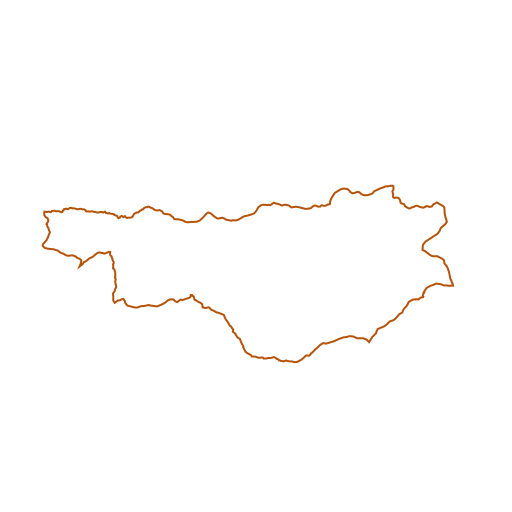 the district of Guaca, Santander, Colombia, rotated 67°
{"feature_id": "7082276B96447826186422", "entity_name": "Guaca", "entity_type": "district", "adm_level": 2, "iso_a3": "COL", "parent_name": "Colombia", "parent_adm1": "Santander", "projection": "robinson", "projection_center": [-72.874, 6.936], "detail": "fine", "context": "isolated", "style": "outline", "palette": "amber", "viewbox_px": 512, "rotation_deg": 67, "n_neighbors": 0, "source": "geoboundaries", "source_scale": "gbopen_adm2", "svg_char_len": 6109}
<svg xmlns="http://www.w3.org/2000/svg" viewBox="0 0 512 512"><g transform="rotate(67 256 256)"><path d="M196.8,422.6L195.6,418.4L194.5,417.1L194.3,416.5L194.5,415.4L194.2,413.9L193.1,410.6L193.0,406.7L191.6,402.3L191.2,400.0L191.7,398.3L193.0,396.9L193.3,395.8L193.9,395.5L194.6,394.5L194.8,391.2L194.6,390.0L195.1,388.8L195.6,388.7L197.0,389.6L198.5,389.8L200.0,389.0L201.3,389.4L202.4,389.2L203.6,389.6L205.9,389.4L207.0,389.8L207.9,391.0L209.2,391.1L211.4,392.4L212.9,391.7L214.1,391.7L215.2,392.1L215.9,391.9L219.9,393.5L220.2,394.0L220.9,394.0L221.2,394.3L222.7,394.3L224.7,395.7L227.1,396.3L228.2,396.2L230.1,396.9L231.6,398.9L233.3,400.0L234.5,402.2L234.9,402.5L237.7,403.2L241.0,404.8L243.9,404.4L243.0,400.6L243.6,398.5L243.3,396.9L243.8,394.8L246.4,394.3L247.2,394.7L248.7,394.6L251.5,393.6L255.3,388.7L256.8,386.2L257.2,383.9L257.1,382.1L258.4,378.1L259.2,373.9L260.1,372.9L263.8,366.7L263.8,360.8L263.4,357.7L262.4,354.7L262.4,352.1L263.1,350.2L263.9,348.9L265.7,348.2L267.7,346.7L266.8,343.6L266.8,342.1L267.7,341.0L267.9,340.0L268.4,333.3L267.6,331.8L266.4,331.3L266.9,330.0L268.0,329.9L269.0,329.1L272.1,329.7L273.1,328.7L276.1,326.7L277.2,325.5L279.1,324.5L280.8,324.6L282.5,325.2L284.2,322.6L284.8,319.5L285.8,318.9L287.4,318.5L288.5,317.8L289.8,316.4L292.6,314.3L293.0,313.5L295.8,310.4L297.8,308.6L302.1,308.7L306.2,307.7L309.9,307.3L311.3,306.4L313.1,306.3L314.0,305.9L314.9,305.8L316.4,306.8L317.1,306.7L319.5,305.3L320.9,305.4L324.1,304.7L326.0,303.2L330.1,303.4L334.4,302.9L334.8,303.4L340.0,303.1L340.6,302.6L341.4,302.4L345.2,299.4L346.9,299.1L348.3,296.0L350.8,293.2L351.8,290.0L352.5,289.2L353.5,288.9L354.5,286.0L354.6,284.6L355.5,282.8L356.1,278.9L357.2,277.9L359.0,277.0L359.3,276.3L359.7,276.0L361.0,275.6L361.2,275.0L362.2,274.3L362.9,272.8L363.5,272.3L363.8,271.4L363.9,269.3L365.9,266.7L366.9,264.5L368.5,262.4L369.3,260.7L369.6,259.4L369.2,254.7L368.3,251.7L367.2,249.2L367.3,248.1L368.5,246.3L368.4,245.5L367.8,244.2L367.1,243.4L367.1,242.5L365.0,237.6L364.3,235.0L363.0,231.9L362.4,228.3L364.0,225.8L364.1,225.2L364.9,218.0L364.8,211.5L365.1,207.2L365.9,204.6L366.4,200.9L368.0,198.1L371.3,194.9L373.7,189.3L376.2,186.8L379.5,185.6L375.8,180.3L374.1,175.8L372.0,174.0L370.8,172.5L370.8,165.1L370.0,161.9L369.2,160.4L368.5,158.4L368.8,154.7L368.3,152.4L365.5,146.6L365.3,143.9L364.9,143.1L363.0,141.3L361.9,139.4L361.2,137.5L359.5,135.0L358.5,134.1L357.9,133.0L357.4,128.9L358.0,126.4L358.5,126.0L358.7,124.7L359.4,123.8L359.4,123.0L359.0,122.4L358.7,120.6L359.2,118.2L358.9,117.9L358.2,118.2L357.3,117.8L356.5,116.9L355.6,116.5L355.5,115.4L354.6,115.3L352.1,111.6L351.6,107.1L351.9,103.5L351.7,101.0L354.5,96.5L356.6,94.4L357.4,92.4L358.9,89.9L359.6,87.6L360.3,86.2L357.3,85.8L356.8,86.1L355.4,85.8L352.8,86.0L346.7,84.7L342.7,84.3L340.0,84.4L336.5,85.4L333.1,84.7L331.1,85.8L327.4,88.9L326.8,89.6L325.5,93.0L324.4,94.3L322.7,95.6L317.4,98.6L315.5,100.4L311.3,98.2L310.2,96.7L308.9,94.1L307.9,88.0L307.1,84.3L306.8,81.5L306.2,79.6L304.4,76.8L302.4,75.0L300.7,69.4L299.0,66.9L294.3,66.4L290.7,65.7L285.0,63.7L283.7,63.9L277.4,68.6L277.8,72.7L279.1,74.8L278.9,76.1L278.6,77.1L277.1,78.8L276.6,79.9L276.9,80.8L276.9,83.0L276.5,83.8L274.5,86.4L272.8,87.9L272.3,89.0L272.4,91.9L272.1,94.4L272.4,95.4L271.9,96.8L268.6,99.2L266.1,99.5L264.2,101.8L263.1,102.1L261.8,101.7L260.4,101.6L258.4,102.1L257.0,103.9L256.6,106.1L255.6,106.7L254.5,106.5L252.9,105.7L249.6,105.1L248.7,103.7L247.1,102.8L245.3,102.3L244.6,103.0L243.9,104.6L243.3,108.0L242.6,108.9L242.6,112.0L242.3,114.9L242.6,121.9L243.9,124.2L243.9,126.7L243.6,129.5L242.7,132.0L241.5,133.8L239.9,135.0L237.6,136.0L236.6,137.6L236.4,141.2L235.9,142.7L234.5,143.9L230.7,145.2L229.4,146.7L228.2,148.9L227.7,152.0L228.7,158.7L231.5,163.0L234.3,166.1L235.6,167.0L236.8,167.4L237.2,167.9L236.7,169.7L236.9,171.6L236.6,173.5L235.1,175.4L235.0,176.2L235.6,177.8L234.6,179.9L233.3,180.9L232.5,182.4L232.5,183.9L233.4,187.1L232.5,190.6L231.6,192.6L228.3,196.8L226.2,200.0L225.1,204.5L222.4,206.0L220.2,209.0L219.8,211.0L219.8,212.2L217.8,214.1L216.2,215.9L215.6,217.1L213.9,218.8L214.8,222.8L213.9,224.2L213.4,226.0L212.5,227.4L211.5,229.8L211.2,231.2L212.0,234.8L214.7,238.3L216.0,241.0L216.0,243.4L215.5,248.2L214.9,250.4L214.9,252.7L215.7,258.4L215.2,261.0L214.0,263.4L214.0,264.7L211.0,269.2L208.7,270.9L207.6,272.1L206.7,276.3L206.3,277.0L203.3,279.0L199.1,281.0L197.4,282.8L197.4,283.9L197.8,285.3L199.8,289.6L201.3,293.8L201.4,296.8L198.1,306.1L196.9,307.8L195.3,308.8L193.5,310.8L191.9,313.2L190.4,316.4L189.6,317.0L187.9,317.1L187.0,317.8L184.6,318.9L183.5,320.1L181.4,324.0L180.4,324.7L178.2,325.0L176.1,326.8L175.6,329.0L174.2,331.0L171.1,333.1L170.5,333.9L168.6,335.5L168.4,336.2L168.5,337.5L168.1,338.0L168.0,338.9L168.2,340.7L169.0,341.5L168.6,342.8L169.1,344.0L169.0,344.9L169.9,347.4L169.3,348.9L169.5,349.7L169.5,351.1L170.0,352.4L171.3,353.7L171.8,355.3L171.7,356.4L170.6,359.2L170.6,359.8L170.1,360.4L168.9,361.0L168.3,360.9L168.1,361.3L168.3,363.1L167.5,363.2L166.6,364.1L166.8,365.5L167.6,366.6L167.5,367.7L166.3,368.2L165.1,368.1L163.7,369.3L163.0,370.3L161.8,370.6L161.7,371.1L161.3,371.4L160.0,373.7L159.1,374.4L158.9,375.8L157.6,377.4L156.2,377.6L156.1,378.0L156.3,379.8L155.4,380.4L155.0,381.2L154.5,382.7L154.4,384.4L150.6,389.9L150.2,391.7L149.4,392.8L148.7,394.8L148.2,395.1L147.3,395.0L145.8,396.1L145.3,397.7L144.6,398.2L143.7,399.7L143.5,401.6L141.0,404.9L140.4,406.7L139.6,406.9L139.0,408.9L139.5,410.6L138.2,412.4L137.9,414.6L138.1,415.1L138.9,415.4L139.0,416.4L139.8,417.1L139.7,418.1L137.6,420.0L136.8,422.5L135.7,423.6L134.8,426.2L135.5,427.4L135.4,428.0L134.9,428.4L134.0,429.9L133.9,431.0L132.5,433.4L133.1,433.9L135.9,434.9L138.2,434.3L139.9,433.1L140.9,433.3L141.9,433.1L143.3,434.2L144.7,436.4L145.3,436.1L147.6,436.5L149.4,436.1L150.5,436.5L153.6,436.4L155.6,438.6L157.3,439.9L159.0,442.1L159.5,442.5L162.1,447.7L162.7,448.2L163.8,448.3L166.1,447.2L168.0,444.7L170.6,439.9L173.6,436.3L176.8,434.5L178.4,432.6L181.0,430.7L182.3,429.1L183.7,424.6L186.2,422.0L187.9,421.3L189.5,419.6L191.4,418.6L192.6,418.9L194.1,419.9L196.8,422.6Z" fill="none" stroke="#b45309" stroke-width="2"/></g></svg>